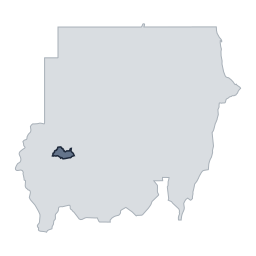 Al Fasher, North Darfur, Sudan shown in context
{"feature_id": "16777658B96521919713520", "entity_name": "Al Fasher", "entity_type": "district", "adm_level": 2, "iso_a3": "SDN", "parent_name": "Sudan", "parent_adm1": "North Darfur", "projection": "robinson", "projection_center": [25.322, 13.818], "detail": "fine", "context": "in_parent", "style": "filled", "palette": "slate", "viewbox_px": 256, "rotation_deg": 0, "n_neighbors": 0, "source": "geoboundaries", "source_scale": "gbopen_adm2", "svg_char_len": 4515}
<svg xmlns="http://www.w3.org/2000/svg" viewBox="0 0 256 256"><path d="M181.2,220.0L178.6,220.0L178.4,219.3L178.4,217.4L178.7,216.0L179.6,213.8L179.3,212.6L179.5,210.8L178.8,208.9L172.7,203.2L171.5,201.6L168.2,200.2L168.7,198.6L167.3,186.9L168.0,185.6L168.1,183.6L168.1,181.8L168.9,178.8L169.0,177.5L162.5,177.4L162.4,178.7L162.7,180.2L162.7,180.7L153.8,180.8L157.4,185.3L157.5,187.3L157.4,189.8L157.4,191.4L157.6,192.5L158.6,194.5L158.6,194.9L158.3,195.4L152.0,201.5L151.0,204.3L150.1,205.8L148.3,208.3L142.5,214.8L141.5,215.2L137.1,215.4L136.7,215.6L136.3,215.9L136.1,215.8L132.3,212.0L125.9,207.4L121.7,209.8L120.6,210.7L120.5,212.9L119.9,214.0L118.8,215.2L115.6,216.0L114.0,216.7L112.1,217.9L110.2,220.0L110.1,221.1L110.3,222.1L99.5,222.0L98.8,221.2L97.2,217.8L96.1,218.0L86.3,217.6L84.9,218.0L82.1,219.4L80.7,219.6L79.2,219.0L74.0,212.2L72.9,211.4L71.7,209.8L70.6,209.1L70.3,208.6L70.2,207.8L70.2,206.3L69.8,205.4L69.0,205.2L62.1,206.8L61.1,206.6L59.6,206.9L59.1,207.1L58.5,208.0L58.4,209.9L58.2,210.8L57.7,211.8L55.7,214.1L55.3,215.1L55.4,217.7L55.3,219.0L55.0,219.5L54.1,220.5L53.8,221.1L53.4,224.3L52.3,226.3L52.1,227.0L52.0,228.4L51.9,228.8L48.7,229.9L47.5,230.6L46.8,231.7L46.6,232.2L45.3,231.8L43.6,231.5L40.3,231.2L39.0,230.7L38.4,229.9L38.6,227.9L38.3,227.5L37.7,227.2L37.4,226.3L37.4,225.3L39.2,223.0L39.5,221.8L40.0,216.1L39.9,214.4L38.5,211.2L35.4,205.7L34.6,204.6L30.7,200.1L30.2,199.4L29.3,197.5L30.3,193.3L30.4,192.2L30.1,191.0L29.1,190.1L28.2,190.0L27.1,188.8L26.3,188.3L25.6,187.3L25.2,186.0L25.5,181.0L25.3,180.4L24.3,180.2L24.1,179.8L24.1,178.9L23.6,176.1L23.0,173.7L23.3,172.5L22.5,170.7L20.9,170.0L17.7,170.5L16.7,170.4L16.1,170.1L15.6,169.5L15.4,168.7L15.6,167.6L16.5,165.5L17.6,163.7L19.9,162.2L20.5,161.3L20.8,160.4L20.9,159.3L20.7,158.2L20.5,157.2L19.8,155.8L19.2,154.2L19.2,153.2L19.5,152.4L20.1,151.5L22.4,149.6L24.7,148.1L25.0,147.6L24.9,147.0L23.8,145.7L23.5,143.3L22.9,141.6L24.1,140.3L25.0,139.9L26.3,139.5L26.8,139.0L27.0,137.9L27.0,137.0L27.4,136.2L28.1,134.7L28.6,134.0L30.4,132.2L30.8,131.0L30.9,129.9L30.4,126.5L31.4,125.0L32.7,123.9L34.6,123.9L37.5,123.7L39.5,123.2L40.9,123.2L44.1,123.9L44.4,123.6L44.6,122.7L44.6,57.8L57.8,57.8L58.0,57.7L58.0,27.0L140.9,27.0L141.6,26.9L142.9,24.0L143.4,23.8L144.3,23.9L144.6,24.6L143.9,27.0L216.3,26.9L216.5,30.5L217.1,33.3L219.3,37.3L221.1,39.4L221.7,40.6L221.8,41.2L221.7,41.7L221.2,41.1L220.3,40.7L220.2,42.6L220.7,46.4L221.4,49.1L221.0,51.6L221.1,55.8L222.1,60.9L222.0,64.1L223.6,71.7L225.2,75.9L226.0,76.9L226.9,77.4L228.7,77.8L231.3,79.9L233.4,82.2L234.1,83.4L235.1,84.6L235.8,84.4L236.2,84.1L236.9,85.1L240.1,87.4L240.6,88.4L239.5,89.4L238.2,91.2L237.6,92.8L237.2,93.4L236.2,94.4L236.0,94.9L235.5,95.2L235.0,95.2L233.9,95.8L232.9,95.6L231.9,95.9L231.6,96.3L230.8,96.6L229.7,96.8L228.0,98.2L226.6,98.9L226.1,99.5L225.4,102.2L224.8,102.9L222.6,103.0L221.6,103.2L220.1,102.9L219.4,103.0L219.2,103.6L219.0,105.9L219.1,107.0L217.9,109.7L218.3,114.7L217.2,118.5L217.1,119.4L215.9,122.4L215.3,123.5L213.9,129.1L213.3,130.8L212.1,132.6L213.5,146.1L212.5,150.3L212.6,152.5L211.8,155.8L211.3,157.4L210.3,159.2L209.5,161.3L208.8,164.0L208.4,169.2L208.2,169.7L204.3,170.3L203.1,170.7L202.3,171.3L201.3,172.6L199.3,176.2L198.3,178.5L196.7,181.5L194.9,183.7L194.5,184.8L194.2,186.7L193.5,189.8L192.9,192.0L193.0,193.8L192.4,196.9L192.5,198.4L191.9,199.2L191.0,200.0L190.4,200.2L187.7,198.1L185.8,199.5L184.6,201.5L183.7,203.5L184.3,207.8L184.2,208.7L184.0,209.8L182.2,213.9L181.7,215.8L181.2,219.2L181.2,220.0Z" fill="#d9dde1" stroke="#a8b0b8" stroke-width="1"/><path d="M74.2,155.6L73.4,153.7L73.1,153.2L72.0,152.2L71.3,151.7L71.0,150.9L71.1,149.9L71.3,148.4L70.4,148.6L70.0,149.7L69.3,150.9L67.4,150.9L66.7,150.9L65.3,151.8L64.1,151.3L64.2,150.7L63.8,150.2L63.5,150.1L63.3,149.8L63.0,149.4L63.1,149.0L62.8,148.7L62.4,148.4L61.8,148.1L61.6,148.2L61.4,147.6L61.2,147.4L61.1,147.1L60.4,146.9L59.7,147.0L58.6,147.1L57.9,147.2L57.7,147.6L57.5,148.7L57.4,149.0L57.1,149.2L56.5,149.6L56.5,150.1L56.1,150.4L55.1,150.6L54.7,150.9L54.4,151.5L54.5,152.2L54.0,152.8L53.1,153.2L53.0,153.3L53.2,153.6L53.1,153.9L53.1,154.1L52.4,155.9L53.2,156.1L53.8,155.9L54.8,155.8L55.1,155.9L56.1,156.1L56.9,155.7L57.2,155.8L57.6,155.7L58.3,156.1L59.7,157.0L60.2,157.3L60.5,157.8L60.6,158.1L61.4,157.6L61.9,157.6L62.0,157.7L62.3,158.3L62.5,158.6L63.2,158.8L64.6,158.6L65.5,158.5L68.0,158.0L69.4,157.7L69.7,157.7L70.2,157.8L70.7,157.6L71.4,157.0L71.7,156.5L72.6,156.2L73.2,156.0L73.6,155.8L74.0,155.6L74.2,155.6Z" fill="#64748b" stroke="#1e293b" stroke-width="1.5"/></svg>